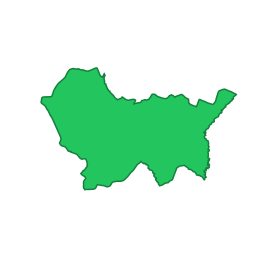 Kouritenga, Kouritenga, Burkina Faso, rotated 113°
{"feature_id": "67063806B40595440400203", "entity_name": "Kouritenga", "entity_type": "district", "adm_level": 2, "iso_a3": "BFA", "parent_name": "Burkina Faso", "parent_adm1": "Kouritenga", "projection": "orthographic", "projection_center": [-0.33, 12.181], "detail": "fine", "context": "isolated", "style": "filled", "palette": "green", "viewbox_px": 256, "rotation_deg": 113, "n_neighbors": 0, "source": "geoboundaries", "source_scale": "gbopen_adm2", "svg_char_len": 5713}
<svg xmlns="http://www.w3.org/2000/svg" viewBox="0 0 256 256"><g transform="rotate(113 128 128)"><path d="M146.2,37.1L145.7,37.4L144.8,37.4L144.1,37.8L143.6,37.6L142.8,36.9L142.3,37.4L141.2,39.2L140.8,38.6L140.4,38.6L139.8,39.1L138.5,39.2L138.7,40.8L138.3,41.1L138.2,40.7L137.8,40.5L136.8,40.5L136.5,39.5L135.1,39.8L135.1,40.4L134.1,40.3L134.3,39.4L133.6,39.2L133.8,38.6L133.1,38.6L133.0,38.1L132.4,37.9L132.1,37.9L131.2,38.3L130.8,39.3L130.9,39.7L131.1,39.9L131.0,40.3L130.2,40.4L129.8,39.3L129.1,40.7L128.8,40.3L128.2,41.0L127.2,40.8L126.7,41.5L126.1,41.5L125.5,41.2L125.7,40.7L124.4,40.9L124.2,42.5L124.1,42.8L123.6,43.1L122.3,43.1L121.2,43.8L120.1,44.1L119.6,44.6L118.9,45.0L117.6,44.4L116.7,44.6L117.2,45.1L116.9,45.6L116.5,45.9L115.7,45.8L113.8,46.2L113.4,46.2L112.8,47.2L112.0,47.3L111.2,47.8L110.6,47.8L110.1,48.0L109.3,48.9L108.6,49.2L108.5,49.5L108.6,50.3L108.4,51.1L108.1,51.5L107.8,51.6L107.5,52.1L107.4,53.3L107.0,53.8L106.1,54.3L104.7,54.1L104.3,53.7L104.0,54.3L103.5,54.7L103.0,54.5L102.6,54.6L102.9,55.6L102.7,56.1L102.4,56.4L101.8,56.3L101.3,55.9L101.4,55.0L100.6,55.6L99.7,55.4L98.7,55.5L97.1,54.0L96.1,54.1L95.0,53.7L94.2,54.2L93.5,54.0L91.7,52.8L90.9,53.1L90.5,53.1L90.1,52.6L89.3,52.1L88.9,51.8L89.0,51.4L88.5,51.2L88.1,51.2L87.6,51.4L87.2,52.1L85.4,51.8L84.7,51.2L84.0,50.8L82.3,49.3L81.2,49.3L80.6,49.5L79.5,49.3L77.9,48.7L77.5,48.4L77.7,48.1L77.5,47.8L76.7,47.8L76.3,48.0L75.9,48.6L74.9,49.1L74.5,48.9L74.6,48.0L72.7,47.6L71.8,47.1L71.4,47.1L70.6,46.5L70.3,46.8L70.0,46.4L69.0,46.9L65.5,44.6L64.8,44.5L64.7,44.2L63.9,44.4L62.2,43.0L60.7,43.4L60.6,42.7L60.1,42.4L59.8,42.4L59.4,42.8L58.4,43.0L57.8,42.9L56.0,41.8L55.3,41.5L54.7,41.5L54.6,44.4L54.3,46.8L54.5,50.8L54.4,53.6L54.6,54.5L55.5,55.8L58.2,58.6L58.7,58.8L60.2,58.9L66.0,58.3L68.8,57.9L69.8,57.9L72.6,58.7L73.2,59.3L73.8,64.4L73.6,67.9L73.8,70.5L73.7,72.2L73.9,73.5L75.2,73.6L80.1,73.3L81.0,73.5L81.6,73.4L81.8,75.0L82.0,78.9L81.5,81.4L80.8,82.0L77.8,83.6L77.6,87.0L76.6,89.5L76.1,91.6L76.6,92.4L78.6,94.4L79.5,95.5L80.4,96.4L81.2,96.7L80.9,98.3L80.5,99.2L80.7,100.4L80.5,101.0L80.8,101.4L82.1,102.2L82.1,102.5L83.6,102.9L84.8,103.4L85.3,103.7L86.3,104.8L87.0,107.6L87.4,112.3L87.4,113.4L86.8,115.0L86.6,116.0L86.7,117.0L86.9,117.8L87.5,118.9L88.2,119.1L90.7,119.4L93.1,120.0L94.3,120.9L95.1,121.8L95.3,123.5L96.6,124.8L97.4,126.1L98.6,126.1L99.4,126.4L100.2,127.3L101.5,129.6L102.0,129.8L102.4,130.6L103.4,131.9L102.8,132.0L99.9,131.8L99.5,131.9L99.3,132.5L99.2,132.9L99.3,133.6L99.8,134.9L101.0,136.8L101.9,137.8L102.4,138.8L102.7,140.1L102.4,142.3L101.7,144.9L101.8,145.5L102.0,145.6L102.8,145.5L106.2,148.8L105.8,149.1L105.8,150.1L105.5,150.6L105.2,152.0L104.3,153.3L104.0,154.0L103.6,154.2L103.3,155.6L103.1,155.7L103.2,156.3L102.6,157.1L102.2,158.4L101.2,159.0L101.3,159.8L101.2,160.3L101.1,160.6L100.3,161.3L100.1,162.2L99.9,162.2L99.2,163.2L98.9,163.2L97.8,164.4L97.5,164.5L96.6,165.8L96.3,165.7L96.4,166.4L96.0,167.2L94.9,167.4L94.5,167.6L93.5,168.2L92.9,169.0L92.3,169.0L92.0,169.3L91.6,169.5L89.8,169.9L89.1,169.6L88.5,169.7L87.7,170.7L87.4,171.1L91.1,171.4L91.0,172.8L90.8,173.6L90.4,174.3L85.2,179.5L85.0,180.1L85.0,180.6L85.8,181.6L89.5,185.0L91.2,187.0L91.9,188.6L91.8,189.1L92.1,190.6L91.9,191.6L92.4,192.7L92.6,192.8L93.0,195.6L92.8,196.0L93.0,196.5L92.9,197.0L93.0,197.3L93.3,197.4L93.7,197.9L94.1,199.0L94.2,199.7L94.6,200.5L94.5,201.3L95.1,202.4L96.9,204.4L98.8,205.1L102.3,205.6L103.8,205.5L105.2,205.6L106.4,205.9L110.7,207.8L113.7,209.4L117.3,210.3L119.8,210.7L123.4,211.0L124.6,210.7L127.9,210.6L128.4,210.5L128.8,210.6L129.1,210.9L130.0,212.5L130.5,213.8L132.6,218.1L133.2,218.8L133.8,219.1L138.1,218.1L138.5,217.9L138.8,217.5L139.2,216.4L139.5,214.7L140.1,212.9L141.8,210.6L142.6,209.8L143.0,208.7L145.4,205.9L146.4,204.9L148.6,201.7L151.4,198.6L162.8,186.4L164.5,185.2L166.8,185.1L168.4,185.2L168.8,185.0L169.9,183.5L170.3,181.8L169.9,179.0L170.0,178.4L170.8,176.6L172.5,174.2L172.5,173.4L172.0,171.4L172.5,171.4L172.2,166.0L172.4,164.4L173.2,162.7L174.3,160.9L174.7,159.5L174.7,158.0L174.0,157.5L173.8,157.1L173.3,155.8L173.1,154.7L173.4,154.3L174.8,153.0L177.0,151.3L177.5,151.1L177.8,151.3L178.2,151.2L178.8,150.6L179.8,150.7L181.3,151.2L183.2,151.5L183.8,151.7L184.9,152.7L186.0,152.7L187.5,153.4L188.4,153.6L189.2,151.9L189.7,148.6L190.9,147.2L193.2,147.8L195.0,147.9L198.5,146.3L199.4,146.2L200.2,145.4L200.7,145.2L200.8,144.7L201.4,144.1L201.7,143.5L201.2,143.1L199.7,139.7L198.0,136.3L197.1,134.9L196.4,134.6L195.5,134.3L192.4,134.1L192.0,133.8L191.6,131.7L190.4,127.1L190.5,125.2L190.3,124.3L189.3,122.7L188.4,122.0L187.6,121.7L184.3,121.3L183.5,120.6L181.5,117.7L180.0,114.1L178.5,112.1L177.3,111.2L172.6,109.2L168.9,108.3L164.6,106.5L161.1,105.8L157.9,105.1L157.0,104.6L156.3,104.0L153.7,102.9L154.0,102.2L154.7,100.1L154.5,99.4L153.9,98.8L153.9,98.6L154.3,98.4L154.4,97.6L154.6,97.1L154.1,96.9L154.1,96.6L154.6,95.9L154.6,94.9L155.0,94.3L156.7,94.0L157.2,93.7L157.4,93.4L157.3,93.0L157.5,92.4L157.9,92.1L158.1,91.6L157.7,90.0L157.8,89.4L158.4,88.2L159.1,87.6L159.5,87.7L159.8,87.3L159.8,85.5L160.9,85.8L161.4,85.8L162.0,85.3L162.5,84.7L162.7,84.1L163.0,82.5L163.5,82.2L164.2,82.7L164.9,82.2L165.4,81.1L165.9,80.7L166.3,80.0L166.3,79.2L166.5,78.7L167.6,78.2L168.8,76.3L167.7,74.8L166.9,74.1L165.7,73.1L164.5,72.6L163.7,71.2L163.3,71.0L162.7,69.7L160.6,68.9L159.6,68.1L159.5,67.9L159.0,67.4L158.3,67.1L157.4,66.9L153.9,67.2L148.6,67.3L146.3,67.5L145.3,67.3L142.7,65.4L141.7,63.5L140.5,61.9L140.7,60.0L141.2,57.6L141.5,56.9L142.2,56.3L142.3,55.9L141.7,54.2L142.1,52.1L142.6,51.1L142.5,49.0L143.5,47.4L144.3,46.6L144.4,45.5L144.3,45.0L144.0,44.7L143.7,44.1L144.0,42.6L143.8,41.4L143.9,40.9L144.1,40.6L144.3,39.8L144.9,39.2L146.2,37.1Z" fill="#22c55e" stroke="#15803d" stroke-width="1.5"/></g></svg>